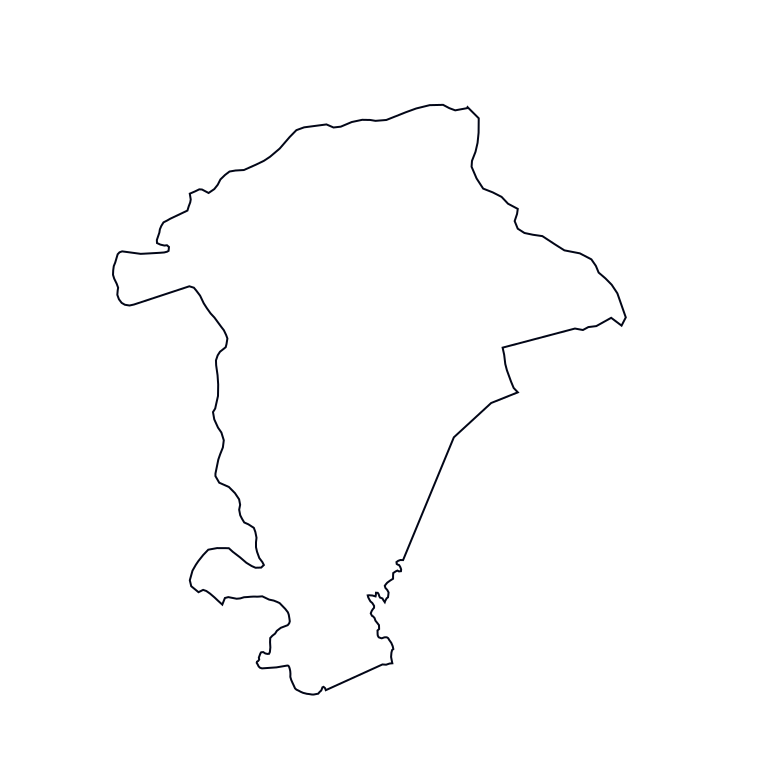 Selangau, Sarawak, Malaysia (Equal Earth projection), rotated 160°
{"feature_id": "92858781B23703975490584", "entity_name": "Selangau", "entity_type": "district", "adm_level": 2, "iso_a3": "MYS", "parent_name": "Malaysia", "parent_adm1": "Sarawak", "projection": "equal_earth", "projection_center": [112.583, 2.507], "detail": "fine", "context": "isolated", "style": "outline", "palette": "ink", "viewbox_px": 768, "rotation_deg": 160, "n_neighbors": 0, "source": "geoboundaries", "source_scale": "gbopen_adm2", "svg_char_len": 4366}
<svg xmlns="http://www.w3.org/2000/svg" viewBox="0 0 768 768"><g transform="rotate(160 384 384)"><path d="M379.5,652.5L388.1,648.4L401.5,640.9L413.4,636.5L420.5,634.8L429.3,633.9L442.5,633.0L450.5,635.4L456.5,636.5L461.9,634.8L467.7,632.2L472.1,628.1L476.8,625.2L483.5,623.5L488.5,629.0L491.0,630.1L495.8,629.6L501.0,629.3L501.4,629.3L502.5,623.5L504.0,620.9L506.6,617.9L509.4,614.2L528.4,612.4L531.8,611.8L535.9,611.3L539.2,608.7L541.7,606.0L543.3,603.1L548.2,597.0L549.1,594.1L546.5,591.5L543.0,589.2L540.5,588.6L539.2,586.3L540.9,582.8L542.6,582.5L545.6,582.8L549.9,584.0L562.2,587.7L568.1,589.5L584.7,598.2L587.5,598.2L589.9,597.0L592.5,593.5L595.0,590.1L597.6,587.2L599.6,583.4L601.3,579.3L601.5,575.3L600.9,569.7L600.9,565.4L602.2,563.1L604.1,559.0L604.1,554.3L602.8,550.0L600.4,547.1L596.3,544.8L591.8,544.2L533.5,542.4L529.7,539.5L528.4,535.8L526.6,529.9L525.8,521.5L524.5,515.7L522.8,509.6L520.6,504.4L519.1,499.2L517.4,493.4L516.1,489.3L515.6,484.1L515.6,480.3L518.4,475.3L520.2,472.7L527.1,470.4L530.5,467.8L533.8,463.7L535.3,459.1L537.4,449.2L540.0,440.2L544.1,429.5L548.6,422.5L551.0,418.7L554.3,416.1L555.6,408.8L554.9,399.8L553.4,394.0L553.8,385.9L557.1,379.5L562.0,374.0L565.5,369.7L573.0,357.5L573.9,355.1L572.6,347.6L565.0,340.3L561.4,332.5L559.6,325.2L560.5,319.7L563.1,315.4L564.0,309.8L563.5,305.8L562.7,301.7L559.4,298.5L555.5,293.3L555.5,288.9L556.4,283.1L558.4,279.1L560.1,274.4L560.7,269.8L560.7,263.1L559.2,258.2L558.8,255.0L562.2,253.5L567.6,255.3L570.6,258.2L574.5,263.1L578.6,270.4L583.4,277.9L586.0,282.8L597.0,286.9L605.8,288.4L612.3,285.2L619.0,281.1L622.6,278.5L627.8,274.1L633.6,266.0L634.3,259.9L629.5,251.8L624.4,252.4L621.8,250.3L619.2,246.6L616.2,241.3L614.2,237.3L611.4,232.0L606.7,237.3L603.2,237.0L595.9,232.6L592.4,231.7L588.5,231.5L585.1,230.5L582.1,229.7L579.1,228.8L575.6,227.4L571.0,226.1L565.7,220.7L561.7,218.2L558.9,215.7L557.0,213.8L553.7,206.4L552.4,202.3L552.4,199.8L553.1,196.0L553.7,193.2L555.0,191.5L557.0,190.3L564.3,190.2L569.1,188.7L571.7,186.7L575.1,185.6L577.8,184.2L579.4,180.3L580.9,175.3L582.9,171.2L584.3,169.8L585.8,170.2L587.7,171.4L589.2,173.4L591.2,173.9L592.3,173.1L595.2,169.7L595.5,167.8L596.9,166.8L598.3,166.5L599.0,165.5L598.6,163.5L598.4,161.5L597.6,159.8L595.9,158.5L582.0,154.5L571.1,152.5L570.2,151.9L569.9,150.3L570.0,148.5L570.3,146.3L571.0,143.8L572.2,140.8L572.4,137.6L572.2,134.6L571.9,131.3L571.7,128.4L570.8,126.7L569.1,125.0L567.6,123.3L565.6,121.4L564.1,120.4L562.5,119.3L560.5,118.3L558.0,116.9L556.1,116.2L551.7,115.5L549.9,116.6L547.9,117.4L547.0,118.3L545.6,120.0L544.4,120.1L544.0,119.4L543.4,118.3L543.4,116.2L481.4,121.0L478.0,119.5L474.3,119.4L471.7,118.7L471.4,120.8L470.7,125.1L468.9,129.0L467.4,131.2L465.9,131.7L465.5,134.6L465.7,138.3L466.6,141.5L467.0,143.7L468.0,145.0L469.0,145.4L470.3,145.8L472.2,145.8L473.1,145.8L474.1,146.5L475.6,147.8L475.9,149.6L475.6,151.0L474.4,154.6L472.4,155.4L471.2,159.1L472.0,161.6L473.0,164.6L472.9,167.2L473.7,169.3L474.6,170.3L474.9,173.0L473.2,174.9L471.5,176.2L469.9,177.1L469.2,178.9L469.9,182.2L471.1,184.3L471.5,186.6L471.8,189.0L471.6,190.9L470.3,190.6L467.2,189.2L464.6,187.3L464.0,188.2L462.9,190.6L461.3,189.9L460.9,188.2L461.0,186.2L460.8,184.7L458.8,183.0L458.5,180.9L457.9,178.7L457.1,179.7L454.8,181.7L453.2,182.2L452.2,184.1L451.0,186.5L451.4,189.4L452.4,191.8L452.3,194.1L451.0,195.0L448.9,196.2L445.4,197.2L442.1,197.9L441.1,200.6L440.0,203.2L437.2,203.9L435.2,204.1L434.1,202.8L432.1,202.3L431.3,203.9L431.3,206.4L431.7,208.6L432.7,209.4L433.6,210.5L433.2,212.4L431.1,213.0L428.8,213.0L426.3,212.0L336.6,310.0L289.8,329.5L261.1,330.4L263.5,335.9L263.8,342.7L263.8,349.0L263.8,354.9L263.2,361.3L261.1,370.3L260.1,377.6L185.6,370.8L178.6,366.7L172.5,367.6L164.7,365.8L147.9,368.5L140.8,357.6L134.0,363.9L134.0,365.4L133.7,389.4L136.1,399.4L139.8,407.5L144.2,415.3L144.5,422.5L146.5,430.2L155.3,439.8L168.8,447.9L175.8,457.0L184.6,468.8L193.0,473.3L200.4,477.9L205.2,484.2L205.5,492.4L200.8,498.3L198.4,502.8L205.8,511.0L209.5,519.6L216.3,526.9L224.0,533.7L226.7,545.5L227.4,558.2L225.0,563.6L218.6,570.9L213.6,578.6L209.2,587.7L204.1,601.3L210.8,615.6L211.6,614.8L223.5,616.8L228.3,620.9L233.0,626.1L245.7,630.4L259.5,631.9L270.5,631.9L291.5,631.3L302.0,634.2L306.6,636.8L314.1,639.7L324.7,641.2L336.6,640.6L343.7,642.3L349.3,647.6L371.3,652.5L379.5,652.5Z" fill="none" stroke="#020617" stroke-width="2"/></g></svg>